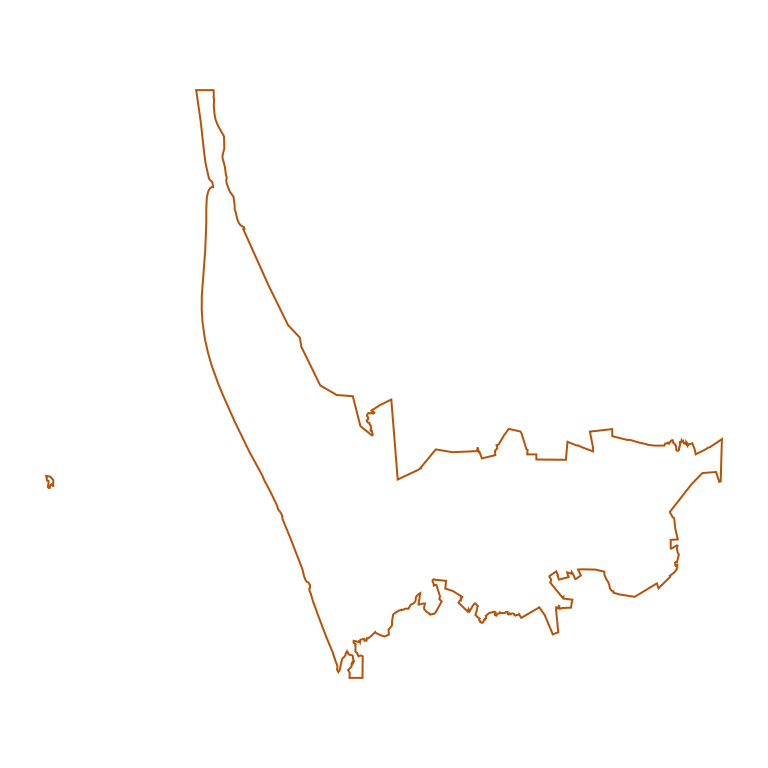 Santiago Ixcuintla, Nayarit, Mexico (Equal Earth projection)
{"feature_id": "50627088B3683914427881", "entity_name": "Santiago Ixcuintla", "entity_type": "district", "adm_level": 2, "iso_a3": "MEX", "parent_name": "Mexico", "parent_adm1": "Nayarit", "projection": "equal_earth", "projection_center": [-105.286, 21.958], "detail": "fine", "context": "isolated", "style": "outline", "palette": "amber", "viewbox_px": 768, "rotation_deg": 0, "n_neighbors": 0, "source": "geoboundaries", "source_scale": "gbopen_adm2", "svg_char_len": 6092}
<svg xmlns="http://www.w3.org/2000/svg" viewBox="0 0 768 768"><path d="M694.7,449.3L692.3,443.3L689.0,444.3L688.6,445.0L686.5,442.2L686.8,445.0L685.3,442.9L683.9,442.5L684.6,443.5L683.9,443.5L683.4,442.5L683.0,440.6L681.7,441.1L681.5,440.6L681.1,442.3L680.6,442.4L680.3,441.2L680.0,442.4L680.2,442.8L679.8,446.2L679.5,447.1L679.1,447.3L679.0,450.0L677.8,450.8L676.4,450.3L676.0,445.8L675.1,445.0L675.0,444.4L674.2,443.4L673.4,443.0L673.0,442.2L673.1,441.1L672.7,440.3L672.3,440.6L672.0,440.3L671.0,440.6L670.3,442.1L669.0,443.1L669.0,443.6L668.3,443.5L667.8,442.6L666.7,443.4L665.1,443.6L664.3,445.6L654.4,445.6L647.7,444.8L646.6,444.2L639.1,442.6L631.2,440.2L628.5,439.8L627.5,440.0L612.3,436.2L612.2,429.1L589.9,431.6L592.9,446.9L593.0,451.4L582.4,447.4L577.8,445.3L576.7,445.5L567.5,441.8L565.9,459.8L536.4,459.5L536.4,454.4L527.2,454.4L527.6,449.8L526.8,449.5L526.3,448.8L521.7,433.9L520.4,431.5L508.7,428.9L504.0,435.4L498.6,444.6L496.5,445.3L497.4,448.1L495.0,450.9L495.3,455.1L481.9,458.4L479.5,452.0L478.9,452.2L477.6,447.2L477.1,451.1L452.5,452.2L435.8,449.4L421.0,467.3L421.1,468.1L420.4,468.0L419.6,469.1L417.7,470.1L397.7,479.5L391.3,399.5L379.8,405.2L371.5,410.5L374.4,412.7L374.2,413.1L372.9,413.6L370.9,412.9L369.8,413.4L368.5,412.9L366.9,415.1L366.9,415.9L367.6,416.6L368.2,418.2L367.9,419.6L367.3,419.9L366.6,420.8L368.0,422.7L369.5,423.0L369.7,424.7L370.6,425.2L371.1,428.5L370.5,430.6L370.9,430.9L371.8,430.8L372.8,434.8L371.9,435.4L360.4,426.1L352.8,396.2L336.7,395.0L320.3,385.5L301.3,346.7L299.8,337.6L288.0,325.0L268.3,284.9L243.3,229.2L244.5,228.9L243.8,227.1L240.6,225.3L238.9,223.1L237.3,219.3L235.6,211.9L234.6,209.1L234.7,205.7L233.5,196.7L230.0,191.9L226.8,184.0L226.2,180.4L226.8,177.5L226.0,175.2L224.8,166.4L222.5,157.8L222.6,154.8L224.1,149.4L224.3,147.9L224.0,136.4L217.9,125.6L215.6,119.7L214.6,114.7L213.8,106.5L214.1,99.4L213.5,96.8L213.8,95.4L213.6,90.1L196.2,90.1L200.7,121.4L204.3,154.1L205.6,163.6L208.9,178.3L210.2,180.4L212.1,181.7L213.2,187.2L211.6,187.2L210.0,188.4L208.9,190.0L207.8,193.0L206.8,197.9L206.3,208.5L206.3,222.5L205.2,250.6L201.8,295.8L201.7,309.4L202.5,322.1L204.9,338.9L208.0,352.7L211.6,365.4L218.5,384.4L223.2,395.8L234.8,421.8L249.5,452.0L262.1,475.1L264.4,480.5L270.3,491.6L276.5,504.4L277.6,507.2L278.0,509.2L280.8,512.8L282.4,516.3L282.1,517.1L282.8,519.7L290.5,538.4L302.5,569.5L304.0,576.0L305.4,579.8L306.6,581.6L308.5,582.7L310.1,585.2L310.0,587.9L309.3,588.6L309.6,591.0L310.8,593.7L312.9,601.1L318.6,616.7L326.3,637.0L332.9,652.8L335.5,661.0L337.2,665.4L337.4,667.4L337.0,669.3L338.3,672.1L339.6,670.1L341.8,660.3L342.5,658.4L344.3,656.8L345.6,654.9L345.5,654.0L346.9,651.5L347.2,652.4L347.9,652.4L348.1,653.4L349.0,654.6L352.3,655.4L352.8,655.9L353.3,660.4L353.8,660.6L353.9,661.3L352.8,661.7L353.4,662.6L352.9,663.5L352.3,662.7L351.7,663.4L351.5,666.7L348.1,670.1L349.7,672.9L349.5,677.9L362.5,677.9L362.7,656.3L360.6,655.5L358.5,656.3L357.0,652.8L356.3,652.5L355.4,651.4L355.5,646.9L355.2,645.8L355.8,644.3L353.5,642.5L353.7,640.8L358.7,642.0L358.9,641.1L359.7,641.1L360.0,641.9L360.3,639.9L360.5,639.7L364.3,638.9L364.6,640.8L365.5,640.4L366.6,640.5L366.9,638.2L368.0,638.4L371.1,636.1L375.1,632.2L375.2,632.6L380.5,635.2L384.7,636.5L388.9,634.6L388.5,629.6L392.0,625.5L392.1,620.7L393.2,614.5L395.8,612.4L399.5,610.4L401.4,609.7L401.7,610.2L405.7,608.6L408.4,608.8L410.8,604.6L412.8,603.8L414.8,602.1L415.5,600.8L415.8,599.2L415.7,598.1L416.4,596.3L418.4,594.3L420.2,593.2L418.5,604.5L420.7,604.3L422.1,603.7L425.0,603.5L424.1,607.0L424.1,608.8L426.3,611.7L429.1,613.3L429.0,613.6L430.3,614.7L430.8,614.3L434.0,613.9L434.9,613.1L435.8,612.0L441.7,601.4L439.3,599.0L440.0,596.4L436.4,585.0L435.4,584.8L433.8,585.7L433.5,583.2L432.6,581.7L432.6,580.1L433.7,579.3L434.3,579.4L434.3,579.7L446.0,580.8L445.3,588.6L452.8,591.0L462.3,596.9L461.4,598.3L460.9,597.9L460.8,599.7L460.6,599.5L458.5,602.6L467.8,611.7L468.5,609.0L469.7,611.3L473.0,605.3L474.8,603.5L475.1,603.4L476.3,604.5L477.9,606.1L477.2,607.6L476.7,610.8L475.4,615.0L478.4,617.8L479.7,618.6L479.1,620.0L480.3,621.2L480.0,621.7L481.2,622.7L482.3,622.8L483.3,622.0L483.3,621.3L483.7,620.9L483.9,620.1L485.0,619.7L485.1,618.8L486.0,618.5L485.8,618.1L486.2,616.3L485.8,615.8L487.9,614.2L488.2,613.6L490.4,612.6L492.1,612.4L493.0,611.8L493.5,612.0L494.5,611.7L495.6,612.4L494.7,613.9L494.9,614.9L496.3,615.7L496.6,615.3L496.3,614.6L496.8,614.6L497.5,613.8L500.4,613.1L500.3,612.5L501.2,613.0L504.5,613.1L505.9,612.0L506.7,611.8L507.5,611.9L507.4,612.7L507.7,613.9L508.6,614.4L509.4,613.5L510.0,614.3L510.7,614.3L510.9,613.7L512.8,613.4L514.2,614.2L514.3,614.8L514.8,615.4L515.5,615.6L515.9,615.2L518.9,614.7L519.1,614.2L521.3,617.9L539.3,607.3L544.7,615.0L552.8,634.4L558.3,632.3L556.0,609.6L556.3,607.3L557.9,608.4L558.9,605.9L559.4,606.3L559.4,607.9L560.0,608.8L562.4,608.0L571.1,607.6L571.5,603.7L572.4,599.7L563.2,598.5L563.4,596.6L562.2,597.2L550.1,582.5L550.9,581.5L551.0,579.3L549.5,577.1L549.3,576.2L556.2,571.4L557.9,575.1L557.5,575.5L558.9,579.6L568.6,577.1L568.6,576.5L567.9,575.4L567.2,572.4L571.1,573.6L571.7,571.9L574.2,576.4L574.5,577.6L575.4,579.2L575.7,579.1L580.9,575.5L578.1,569.5L582.9,569.3L595.6,569.6L604.4,571.7L604.4,574.7L606.1,578.8L608.0,581.7L609.3,584.9L609.9,588.5L611.6,590.7L613.4,591.3L613.4,592.7L619.7,594.5L634.7,596.8L656.9,583.4L658.5,588.3L670.2,576.8L669.7,575.9L674.6,572.2L676.7,569.1L677.3,567.5L677.3,565.0L676.3,565.3L676.2,566.0L675.8,566.1L675.2,565.2L675.5,563.1L675.1,563.0L675.1,562.5L675.9,562.0L676.7,561.7L677.1,562.0L678.3,556.6L678.8,555.3L678.7,554.3L677.8,552.9L677.1,549.9L677.0,546.8L677.5,545.7L676.8,545.4L671.2,548.7L670.7,548.4L670.7,539.9L677.8,539.4L675.2,528.2L674.2,518.2L672.7,517.2L669.8,512.0L691.6,484.1L702.5,473.0L716.0,472.0L719.3,481.9L720.7,481.4L721.9,439.1L710.1,447.1L707.9,447.8L705.9,449.2L695.7,454.3L694.7,449.3ZM53.3,480.3L52.9,479.5L50.3,476.7L46.3,475.8L46.1,476.5L46.7,477.5L46.8,480.4L48.5,480.8L48.4,484.1L47.8,486.3L47.9,487.2L48.8,488.0L49.6,488.0L50.4,485.1L51.6,484.2L52.3,484.8L52.6,485.9L53.2,485.9L53.3,480.3Z" fill="none" stroke="#b45309" stroke-width="2"/></svg>